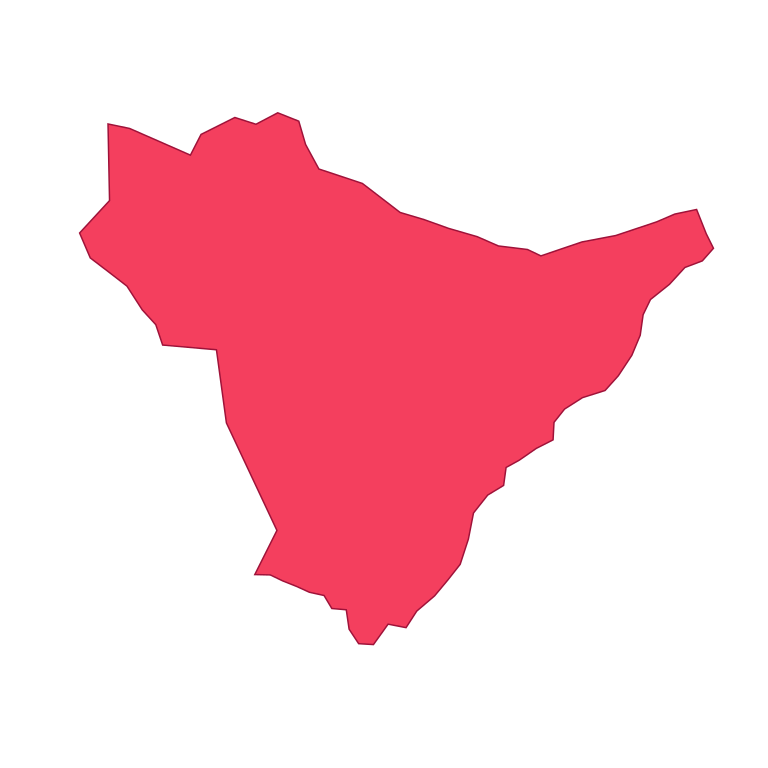 Juripiranga, Paraíba, Brazil (Robinson projection), rotated 185°
{"feature_id": "56859067B44866664543789", "entity_name": "Juripiranga", "entity_type": "district", "adm_level": 2, "iso_a3": "BRA", "parent_name": "Brazil", "parent_adm1": "Paraíba", "projection": "robinson", "projection_center": [-35.224, -7.348], "detail": "fine", "context": "isolated", "style": "filled", "palette": "rose", "viewbox_px": 768, "rotation_deg": 185, "n_neighbors": 0, "source": "geoboundaries", "source_scale": "gbopen_adm2", "svg_char_len": 1053}
<svg xmlns="http://www.w3.org/2000/svg" viewBox="0 0 768 768"><g transform="rotate(185 384 384)"><path d="M87.8,585.1L109.2,578.6L126.5,569.3L166.1,552.1L199.1,542.8L238.9,525.3L252.8,530.5L282.1,531.5L304.0,538.9L333.4,544.7L358.1,551.2L382.9,556.3L423.0,581.9L467.6,592.5L483.0,615.8L491.8,638.4L513.5,644.9L534.2,631.6L555.8,636.5L588.0,616.7L596.8,595.1L659.7,616.4L681.6,619.0L673.4,542.8L700.4,507.9L687.6,484.0L665.7,470.1L648.6,459.1L631.3,436.8L616.5,423.2L607.9,403.5L553.9,403.5L537.6,331.5L477.9,228.8L496.1,182.9L480.7,183.9L467.7,179.0L453.7,174.8L440.1,170.0L425.3,168.1L416.4,155.8L401.9,155.8L397.4,136.7L386.6,123.1L371.8,123.5L359.0,145.1L340.8,143.2L331.6,160.6L315.1,177.4L303.2,194.5L292.4,211.0L286.4,236.9L283.6,263.3L271.0,282.4L256.0,293.4L255.1,311.5L242.6,319.9L226.7,333.1L210.7,343.1L211.3,360.6L201.9,374.8L185.1,387.7L163.2,396.8L151.3,412.6L139.6,434.2L133.0,454.9L131.9,475.6L125.9,491.4L108.3,508.2L94.4,526.3L77.6,534.4L67.6,547.9L76.1,561.8L87.8,585.1Z" fill="#f43f5e" stroke="#9f1239" stroke-width="1.5"/></g></svg>